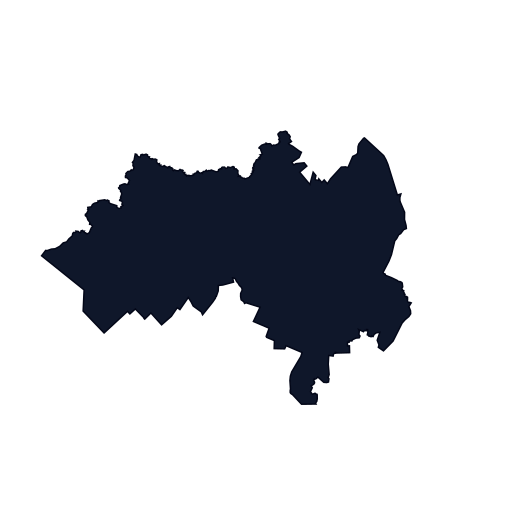 the district of De Wolden, Drenthe, Netherlands, rotated 134°
{"feature_id": "6326949B49446326038856", "entity_name": "De Wolden", "entity_type": "district", "adm_level": 2, "iso_a3": "NLD", "parent_name": "Netherlands", "parent_adm1": "Drenthe", "projection": "orthographic", "projection_center": [6.374, 52.706], "detail": "fine", "context": "isolated", "style": "filled", "palette": "ink", "viewbox_px": 512, "rotation_deg": 134, "n_neighbors": 0, "source": "geoboundaries", "source_scale": "gbopen_adm2", "svg_char_len": 6164}
<svg xmlns="http://www.w3.org/2000/svg" viewBox="0 0 512 512"><g transform="rotate(134 256 256)"><path d="M331.0,120.3L320.8,110.0L320.5,110.9L317.8,111.5L317.5,112.1L316.4,112.5L313.3,115.6L313.1,116.3L313.7,116.8L313.7,118.2L316.3,119.4L315.8,122.6L311.7,124.0L311.2,126.1L308.1,125.4L306.7,125.7L306.1,126.2L305.2,128.5L303.9,128.8L304.0,128.2L302.3,127.5L300.1,127.4L299.8,119.5L297.9,117.2L296.3,116.3L293.6,118.3L293.5,119.6L290.5,121.0L283.6,128.9L277.0,134.6L274.4,131.0L272.7,132.1L271.3,132.0L270.8,131.4L270.1,132.0L269.3,130.6L269.6,130.4L260.5,121.5L255.7,126.4L257.1,127.7L254.5,130.3L253.3,129.1L252.3,129.9L250.4,128.0L249.4,128.5L245.7,127.1L243.1,124.9L241.3,125.6L241.0,127.4L238.2,129.6L237.6,131.1L235.8,126.1L234.3,126.3L233.2,124.8L232.1,125.5L231.4,124.6L233.1,122.6L235.4,121.2L234.8,119.4L235.2,119.2L234.1,117.1L233.0,117.4L232.9,116.2L232.6,115.8L230.4,116.6L227.7,116.1L224.8,113.9L232.4,110.3L234.5,105.8L236.7,104.6L235.7,98.4L222.0,98.3L202.8,104.3L198.3,104.5L193.4,104.0L190.1,104.6L188.0,106.9L186.2,110.9L181.9,111.8L182.5,113.2L183.5,114.0L183.5,114.8L183.1,115.9L181.4,117.3L181.6,118.0L180.4,118.3L180.5,119.5L181.5,120.3L181.1,121.5L180.1,122.2L180.5,122.9L179.6,123.8L179.3,125.0L178.3,125.7L179.2,127.0L178.4,127.5L178.5,128.0L177.9,128.7L176.3,129.0L173.9,132.0L173.8,133.0L174.4,134.7L175.3,135.6L175.5,137.5L177.5,143.6L180.0,149.6L179.3,150.4L179.9,152.3L179.6,153.2L167.4,156.8L160.9,159.5L148.7,166.7L145.8,166.9L141.6,168.1L139.4,167.5L134.5,168.1L131.8,166.9L129.7,169.4L126.6,174.5L121.3,179.5L117.0,189.6L116.0,191.2L114.0,193.1L110.7,194.9L113.9,196.7L98.5,224.7L96.5,229.3L95.1,233.9L95.7,260.0L96.6,260.4L103.9,259.8L106.4,258.6L111.3,254.3L113.3,254.2L117.2,255.6L127.9,251.5L128.8,251.7L129.6,253.4L132.8,256.4L148.6,256.0L154.4,254.9L153.9,259.8L157.4,259.7L156.9,264.4L158.2,263.6L159.9,266.1L159.9,266.7L156.5,268.8L156.0,273.1L167.1,266.9L165.4,282.8L156.0,281.9L155.5,286.1L161.9,291.5L164.2,292.1L163.8,295.4L155.3,293.4L149.8,295.4L150.5,298.0L151.6,305.9L152.7,309.7L152.5,310.7L149.0,310.0L148.4,313.3L146.4,314.3L145.9,316.3L146.2,319.0L145.3,319.5L145.6,321.4L148.5,323.2L149.9,324.8L152.7,325.0L153.4,324.6L154.9,320.8L156.3,320.7L156.9,318.2L157.6,317.9L158.0,318.5L159.3,317.7L163.0,319.1L164.0,320.5L165.8,321.1L165.3,322.8L165.4,323.9L167.6,325.9L167.5,326.6L167.9,327.2L168.7,326.4L169.4,327.5L172.4,328.9L175.9,329.1L176.3,328.8L175.7,327.0L176.5,326.1L178.3,322.2L180.3,323.2L180.1,322.3L180.4,322.0L183.0,322.2L182.6,321.2L183.4,320.6L184.7,321.9L185.2,321.4L186.5,322.5L189.6,321.4L190.7,321.6L192.5,320.7L193.1,319.4L194.4,319.8L195.1,319.4L194.9,318.3L195.9,318.2L196.0,317.1L196.8,317.4L196.7,316.9L197.1,316.7L197.9,317.0L197.9,316.3L200.2,316.6L200.5,315.5L203.3,315.7L203.9,315.3L208.3,317.5L208.2,318.5L209.4,319.6L209.3,321.0L210.1,321.7L209.3,322.8L210.7,323.9L209.9,323.9L209.8,325.3L209.0,326.7L207.2,328.2L207.1,330.9L208.6,332.3L207.2,333.3L207.6,334.7L210.1,335.7L211.5,338.1L212.6,337.8L214.1,338.5L213.9,340.3L215.5,342.0L216.3,342.1L217.2,341.2L218.1,342.5L219.0,342.2L219.8,342.9L221.2,341.9L223.1,343.0L225.3,348.0L226.1,347.9L227.5,349.5L229.2,350.1L229.4,350.8L228.9,350.7L228.8,351.4L230.5,351.4L231.9,352.6L233.0,352.3L233.7,352.8L234.0,352.2L234.4,353.2L235.3,353.6L235.6,355.4L235.3,356.7L236.0,357.2L237.3,356.4L238.9,357.4L240.5,357.1L240.7,358.0L241.9,357.4L244.8,359.7L244.5,360.1L245.4,361.1L246.7,361.5L246.1,363.0L246.7,363.2L246.9,364.2L245.4,365.2L246.1,366.3L246.5,366.1L246.5,367.5L246.1,368.0L245.2,367.9L245.2,368.4L246.4,370.0L246.5,370.8L248.6,370.9L250.3,373.2L250.5,374.3L251.9,374.5L252.2,375.3L251.1,376.2L251.4,377.0L251.0,377.8L252.0,379.1L251.5,380.2L253.1,381.1L253.9,380.7L254.7,384.6L255.4,384.3L255.5,385.1L256.6,385.4L257.4,387.2L256.8,387.7L257.7,388.1L257.7,388.8L256.6,389.7L257.7,390.4L257.8,391.7L257.1,393.2L255.7,394.1L256.1,395.6L257.8,397.2L257.9,398.0L258.9,398.1L258.8,399.0L259.7,400.0L259.4,401.4L258.8,401.6L259.3,402.1L259.5,403.4L258.6,404.3L259.1,405.8L261.9,407.4L261.6,408.1L263.0,409.1L265.5,407.9L266.3,409.7L266.3,411.2L265.8,412.3L266.5,413.7L271.9,410.2L274.5,409.9L274.6,408.8L276.6,407.2L276.4,406.6L276.9,405.9L276.8,405.3L279.1,404.3L280.6,404.7L280.7,405.6L282.3,405.4L284.3,406.9L287.0,406.9L287.3,406.1L289.2,405.5L290.2,404.4L289.2,402.8L289.6,399.4L292.9,398.3L292.9,397.7L294.3,398.4L295.1,400.4L296.3,401.3L299.9,402.9L300.9,402.0L302.4,402.2L302.7,401.7L302.6,399.0L303.6,398.4L303.9,396.7L304.8,395.6L308.0,394.1L308.1,393.3L310.6,392.9L310.7,392.3L309.8,390.8L310.4,389.0L311.9,388.5L312.0,386.8L314.5,387.4L315.2,386.4L317.0,387.5L317.8,389.8L316.5,391.1L319.5,397.2L319.7,399.1L318.5,399.9L319.0,401.8L320.1,402.2L320.6,403.8L325.0,407.2L325.8,407.1L326.1,407.9L327.3,407.0L330.3,408.9L332.5,409.4L335.0,408.6L337.9,410.8L338.6,409.9L338.5,408.9L339.6,409.2L339.7,408.3L342.2,407.7L342.4,407.2L344.5,407.7L345.5,406.8L345.4,404.8L346.8,402.0L347.2,398.9L348.8,397.7L348.0,396.9L348.0,394.6L348.6,394.0L350.2,394.0L355.0,392.1L357.4,392.8L357.8,393.7L357.6,394.5L358.3,395.6L358.1,396.7L357.5,396.8L358.3,397.6L358.1,398.5L359.4,399.3L361.0,398.4L361.8,399.2L361.8,401.0L363.2,402.8L363.5,402.2L364.5,402.2L365.8,403.6L367.1,403.5L369.2,402.1L373.5,402.5L377.4,402.0L380.5,403.8L385.4,403.9L390.3,405.5L393.2,408.0L397.2,410.0L398.1,411.2L404.8,410.4L399.8,356.1L415.7,342.1L416.9,311.8L385.1,310.0L385.3,306.5L377.9,306.0L378.3,293.1L378.7,293.1L378.7,292.2L370.0,292.0L371.1,276.1L358.2,275.0L347.9,276.7L347.4,273.5L332.9,275.9L334.0,271.1L335.6,266.4L334.2,256.5L335.4,253.6L319.4,255.1L314.6,255.9L312.9,256.9L312.6,256.5L307.4,258.9L303.6,262.3L304.0,263.2L299.9,259.7L290.4,254.0L288.0,257.6L286.9,255.9L286.9,254.8L287.8,252.3L288.0,249.9L288.7,247.5L288.7,244.8L289.3,243.2L290.5,242.1L293.5,241.1L295.8,239.0L297.8,236.3L297.4,233.0L298.1,231.3L296.6,230.7L290.0,217.5L304.9,212.4L298.8,196.4L306.8,192.8L307.1,191.8L304.1,184.0L310.0,178.6L302.9,170.9L299.6,172.0L293.4,155.8L297.3,153.9L314.6,149.8L318.6,147.8L322.0,145.1L327.8,138.7L328.9,138.1L329.7,136.6L330.2,136.9L330.7,135.8L330.6,134.4L330.3,134.1L331.0,120.3Z" fill="#0f172a" stroke="#020617" stroke-width="1.5"/></g></svg>